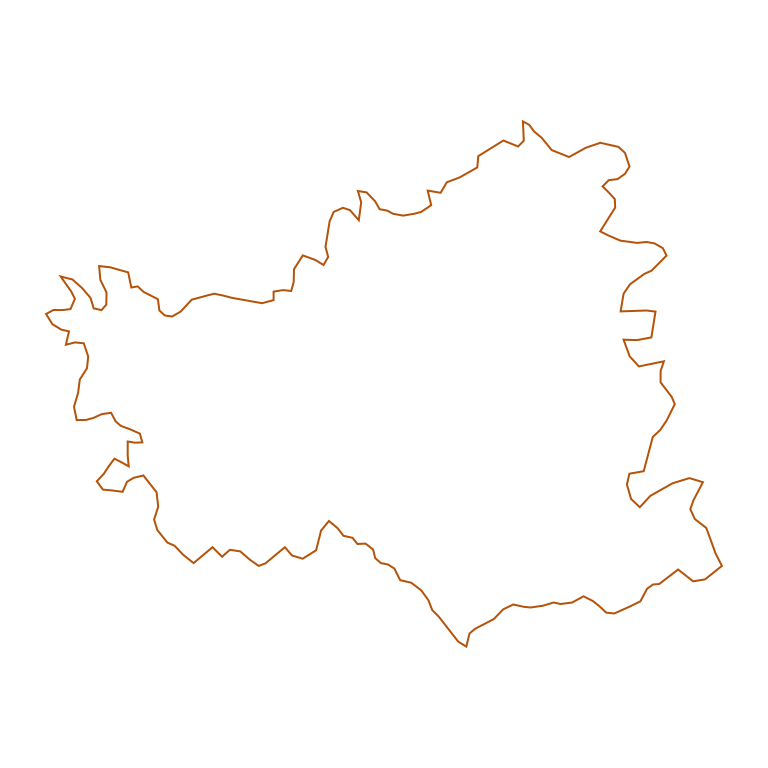 the district of Planalto, Paraná, Brazil
{"feature_id": "56859067B30656278128756", "entity_name": "Planalto", "entity_type": "district", "adm_level": 2, "iso_a3": "BRA", "parent_name": "Brazil", "parent_adm1": "Paraná", "projection": "equal_earth", "projection_center": [-53.725, -25.732], "detail": "fine", "context": "isolated", "style": "outline", "palette": "amber", "viewbox_px": 768, "rotation_deg": 0, "n_neighbors": 0, "source": "geoboundaries", "source_scale": "gbopen_adm2", "svg_char_len": 2871}
<svg xmlns="http://www.w3.org/2000/svg" viewBox="0 0 768 768"><path d="M705.0,579.4L721.9,565.9L715.6,553.5L706.3,528.0L694.8,519.0L690.3,509.1L693.4,500.4L702.9,482.2L689.4,478.1L672.5,483.3L650.4,495.8L639.8,507.2L631.1,499.0L626.9,484.5L629.4,473.7L643.7,471.2L652.8,436.9L660.2,430.0L666.7,420.4L674.8,404.1L671.7,396.9L660.6,382.4L660.6,371.0L663.9,361.3L638.9,366.4L629.7,356.4L623.6,339.7L637.1,340.1L651.4,337.4L655.5,311.6L646.6,310.5L620.6,311.4L623.6,293.7L630.0,284.3L644.3,273.9L651.5,270.7L666.5,255.6L662.9,248.2L654.5,243.4L646.7,242.0L636.9,242.9L620.2,240.6L607.6,235.1L600.2,231.4L615.2,207.5L614.8,199.1L608.7,192.4L602.6,186.4L608.7,180.2L617.6,179.1L625.0,173.8L629.5,166.6L625.0,152.9L618.5,146.9L600.3,142.8L585.7,147.8L578.4,151.9L569.0,157.0L551.7,150.1L541.8,137.9L534.1,131.5L529.2,124.8L522.9,121.4L523.8,140.7L518.1,146.5L503.4,140.5L478.3,156.1L477.3,167.4L459.7,177.4L446.8,182.3L440.6,192.8L427.7,190.6L431.2,205.2L421.2,211.9L414.5,213.7L403.2,215.6L393.1,213.8L387.2,210.6L379.6,209.2L375.2,201.4L366.6,192.4L357.9,191.0L361.2,202.3L358.8,220.2L349.9,210.1L342.9,207.8L333.7,211.9L329.6,221.4L325.5,246.9L328.2,256.9L323.5,265.0L315.4,260.0L302.8,255.4L294.0,269.2L293.7,282.0L291.2,291.0L283.1,290.1L273.6,291.6L273.6,300.1L262.0,303.2L232.2,297.9L223.3,295.6L214.2,293.7L206.7,295.6L191.7,299.7L180.6,311.6L172.1,316.5L164.9,315.5L159.4,310.5L157.9,299.2L143.6,291.9L137.7,286.4L131.3,287.5L128.2,272.4L110.2,267.3L99.1,266.1L100.4,280.0L106.5,292.3L106.3,304.7L101.5,310.1L93.7,308.4L90.5,297.8L82.2,288.2L72.5,279.5L60.7,276.5L66.6,285.0L71.2,291.4L74.9,298.8L70.5,309.1L62.3,310.1L53.4,310.0L46.1,314.0L52.3,324.1L61.2,329.6L69.0,331.4L65.9,344.7L75.1,342.4L83.8,343.3L88.2,356.5L87.0,368.2L79.8,379.5L78.1,392.8L74.0,406.8L76.7,420.1L86.3,419.9L93.7,417.8L101.8,414.1L111.1,412.8L115.7,421.5L120.9,425.9L130.6,429.5L139.9,433.7L142.3,442.4L135.1,442.7L127.7,441.5L127.7,455.5L128.7,466.4L122.3,462.7L114.4,458.7L109.0,465.9L103.9,473.7L96.8,481.3L102.9,489.6L112.4,490.5L122.6,491.8L127.0,481.8L133.7,477.8L143.4,475.5L156.6,492.3L158.2,506.8L154.1,519.5L157.3,530.0L167.4,542.6L174.5,545.7L183.3,554.9L193.6,563.1L212.5,547.2L222.1,556.7L229.9,549.8L240.3,551.4L249.6,559.5L258.7,565.9L265.4,563.4L284.9,547.2L292.0,555.5L302.7,558.7L316.1,550.3L321.1,530.5L328.9,521.0L337.4,528.0L343.5,535.8L352.5,537.8L357.5,544.0L365.5,543.6L373.1,549.5L375.2,558.1L380.9,563.1L388.0,564.5L394.4,568.6L400.2,580.2L411.2,582.7L421.2,590.3L428.4,600.2L432.2,610.0L438.5,616.3L458.2,641.6L466.3,646.6L469.5,633.5L474.9,628.9L493.9,619.0L503.1,609.4L513.2,604.5L523.8,606.8L530.6,607.5L543.1,605.7L553.6,602.5L560.5,604.0L572.2,602.5L583.5,596.3L593.0,601.1L599.5,606.3L606.2,612.6L614.3,613.5L630.3,606.3L640.4,601.3L647.2,588.6L653.0,584.5L659.2,584.0L678.1,569.5L693.1,581.3L705.0,579.4Z" fill="none" stroke="#b45309" stroke-width="2"/></svg>